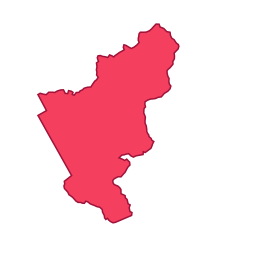 outline of Mariana Pimentel, Rio Grande do Sul, Brazil, rotated 60°
{"feature_id": "56859067B12281818567155", "entity_name": "Mariana Pimentel", "entity_type": "district", "adm_level": 2, "iso_a3": "BRA", "parent_name": "Brazil", "parent_adm1": "Rio Grande do Sul", "projection": "orthographic", "projection_center": [-51.582, -30.296], "detail": "fine", "context": "isolated", "style": "filled", "palette": "rose", "viewbox_px": 256, "rotation_deg": 60, "n_neighbors": 0, "source": "geoboundaries", "source_scale": "gbopen_adm2", "svg_char_len": 2543}
<svg xmlns="http://www.w3.org/2000/svg" viewBox="0 0 256 256"><g transform="rotate(60 128 128)"><path d="M55.9,122.8L57.6,123.5L59.4,124.2L61.8,126.3L64.1,127.0L66.4,128.7L69.2,128.5L70.5,131.1L70.8,133.4L72.2,136.4L73.9,139.6L72.3,143.1L71.6,146.3L72.2,148.4L71.9,150.8L72.6,152.8L71.4,155.1L72.7,158.2L71.1,159.5L69.7,157.8L67.9,158.6L65.9,160.8L68.1,163.0L66.6,165.1L64.6,164.9L62.7,164.8L61.5,166.9L60.6,170.6L60.6,173.6L59.0,175.9L57.4,178.7L58.2,182.2L56.1,184.7L54.0,186.7L54.0,189.3L72.2,189.9L72.1,199.7L97.2,200.1L109.2,200.2L133.5,200.5L141.0,200.6L142.3,209.8L144.7,210.7L146.2,212.5L148.7,213.3L150.8,212.8L153.5,212.2L156.3,212.5L158.0,211.6L160.4,210.6L163.2,210.0L165.3,209.6L167.4,208.5L168.8,206.2L170.2,205.2L171.4,203.4L170.3,201.1L172.2,199.6L174.7,198.7L176.4,197.4L178.6,195.6L180.6,194.2L182.5,192.1L185.7,191.1L188.1,192.1L192.0,192.3L194.0,193.2L196.1,193.0L196.0,190.9L197.8,190.8L200.1,190.0L202.6,188.4L203.4,186.1L205.5,168.6L203.2,166.8L201.3,168.1L197.6,166.8L195.7,164.6L193.7,165.8L189.4,164.5L187.0,165.2L185.1,164.3L181.4,166.9L177.8,164.9L175.7,165.0L173.4,165.7L170.1,168.2L168.1,168.4L165.9,167.5L165.1,165.5L165.2,161.0L166.8,158.5L165.5,154.7L164.8,152.5L162.8,149.4L161.7,147.4L161.0,144.8L158.4,143.7L154.3,144.7L154.5,147.0L152.4,148.3L149.4,150.7L148.4,147.0L149.3,144.7L149.8,142.3L150.6,140.3L153.6,139.4L155.9,137.9L156.1,135.1L157.7,130.5L158.5,128.2L156.2,126.6L157.8,125.4L157.5,122.3L157.0,118.2L155.8,116.6L154.2,114.8L152.6,112.4L150.5,113.5L148.5,113.2L146.0,114.1L144.4,113.5L142.4,113.7L140.5,113.5L138.2,112.3L135.2,111.1L132.6,110.9L130.3,109.7L127.4,107.6L125.1,107.1L123.0,106.9L121.2,105.8L119.2,104.4L118.5,102.3L115.8,101.5L113.8,100.1L113.7,97.0L114.2,94.0L115.1,92.2L116.2,89.5L116.5,86.6L117.7,83.6L116.2,79.3L116.1,75.2L115.1,72.0L113.1,69.9L110.7,70.2L108.2,69.4L105.7,67.7L103.1,67.6L100.3,66.8L97.9,65.6L97.2,63.7L96.9,61.7L95.9,58.9L95.1,57.0L93.0,56.1L91.3,53.3L88.9,51.7L86.2,50.6L84.6,45.1L82.7,43.1L80.8,42.7L78.9,43.6L77.1,43.8L74.7,43.9L72.0,45.2L69.0,44.9L66.1,43.7L63.9,46.3L62.0,46.7L59.6,47.3L58.2,48.4L56.6,49.7L53.6,49.2L52.0,51.8L53.1,55.5L53.9,57.8L54.5,60.7L54.1,64.2L52.6,67.1L51.2,69.5L51.9,71.3L53.5,72.5L55.3,74.1L57.2,75.3L59.5,75.6L60.5,78.6L61.0,82.0L60.8,85.3L58.3,86.9L55.5,88.4L53.9,89.9L55.7,91.7L58.4,92.2L58.4,95.1L58.3,97.8L58.6,100.3L58.8,103.0L59.3,104.9L57.3,105.9L55.5,107.4L56.8,110.3L54.8,112.2L53.3,114.2L51.4,115.7L50.5,117.8L51.8,119.5L53.8,120.0L55.7,120.4L55.9,122.8Z" fill="#f43f5e" stroke="#9f1239" stroke-width="1.5"/></g></svg>